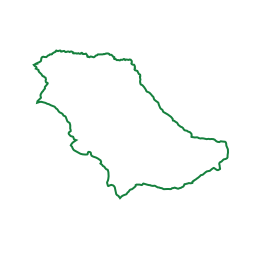 Fómeque, Cundinamarca, Colombia (Natural Earth projection), rotated 99°
{"feature_id": "7082276B76169675802972", "entity_name": "Fómeque", "entity_type": "district", "adm_level": 2, "iso_a3": "COL", "parent_name": "Colombia", "parent_adm1": "Cundinamarca", "projection": "natural_earth1", "projection_center": [-73.835, 4.535], "detail": "fine", "context": "isolated", "style": "outline", "palette": "green", "viewbox_px": 256, "rotation_deg": 99, "n_neighbors": 0, "source": "geoboundaries", "source_scale": "gbopen_adm2", "svg_char_len": 5794}
<svg xmlns="http://www.w3.org/2000/svg" viewBox="0 0 256 256"><g transform="rotate(99 128 128)"><path d="M126.4,30.1L126.6,32.9L126.6,34.3L127.6,35.6L127.6,36.4L127.7,36.9L127.4,38.3L126.9,39.3L125.9,40.7L125.8,41.7L125.6,42.2L125.9,44.3L126.2,45.3L126.1,46.6L126.7,48.6L126.5,51.8L126.6,53.5L127.0,54.6L126.9,56.5L126.5,57.5L126.4,58.4L126.9,60.5L126.9,63.9L126.6,64.0L125.2,64.0L123.9,64.4L123.5,64.8L122.5,66.1L122.1,68.3L121.5,69.3L121.4,71.6L121.1,72.1L120.8,72.6L119.6,73.5L119.2,74.1L118.8,74.8L118.4,76.5L117.7,77.5L117.3,78.6L115.6,79.9L115.0,80.6L114.5,82.0L113.7,83.4L113.6,84.8L112.3,85.3L112.0,85.3L110.3,87.2L108.4,90.9L106.6,95.6L106.0,96.1L105.0,96.6L104.5,97.2L103.9,98.5L103.2,99.3L100.3,101.1L98.2,102.1L96.9,104.7L95.9,106.4L95.2,106.9L93.5,107.7L93.1,108.1L92.4,109.2L91.4,110.2L89.8,112.3L89.4,113.6L89.1,115.1L88.7,115.4L88.5,115.8L87.4,116.4L85.2,118.4L83.6,120.3L83.3,121.0L83.2,121.7L82.9,122.3L82.2,122.6L81.8,122.9L81.4,122.9L80.7,123.3L79.1,123.4L78.3,123.3L76.1,124.1L75.5,124.2L75.4,124.0L74.7,124.0L73.4,124.4L72.9,125.8L70.2,127.7L69.8,130.1L69.2,130.7L68.8,130.8L67.9,130.4L67.6,130.4L67.3,130.7L66.9,130.9L66.1,130.8L64.9,131.6L64.8,131.9L64.6,132.0L64.7,133.2L64.4,134.1L64.0,134.6L63.6,134.8L63.0,134.5L61.5,134.7L61.0,135.0L60.1,136.1L60.2,136.5L60.1,137.2L60.6,137.9L60.7,138.2L60.6,138.8L60.7,140.8L60.9,141.1L61.3,141.4L61.2,141.7L60.6,142.3L60.5,142.8L60.7,143.2L61.4,143.9L61.6,144.4L61.7,145.8L62.5,146.6L62.4,148.3L62.7,149.6L62.6,149.9L62.0,150.7L62.0,151.2L61.8,151.4L62.0,151.9L62.0,152.3L61.7,152.6L60.9,152.5L60.2,152.6L60.0,153.0L59.9,153.9L58.9,154.8L58.6,155.5L58.4,155.7L58.3,156.2L58.6,157.4L58.3,157.9L57.8,158.2L57.5,159.4L57.6,160.1L57.8,160.6L57.8,161.2L58.7,162.7L58.7,163.5L59.1,164.1L59.4,165.2L59.6,166.8L59.8,167.6L60.0,169.2L60.3,169.5L60.8,169.7L61.6,171.2L63.0,172.2L63.4,172.7L63.5,173.1L63.3,174.5L63.2,176.0L63.4,176.4L64.1,177.1L64.0,178.1L64.1,178.7L63.9,179.3L63.7,179.4L62.9,179.3L62.6,179.8L61.9,180.3L61.2,181.2L61.4,181.4L61.7,182.5L62.0,184.0L61.8,184.6L61.6,184.7L61.4,184.6L61.2,184.8L61.0,185.3L61.1,185.8L61.4,186.1L61.9,186.3L62.2,186.9L62.2,187.9L61.9,188.8L62.4,189.7L62.5,190.2L62.3,191.0L62.8,193.4L62.8,193.8L62.5,194.1L61.9,194.0L61.3,195.6L61.3,196.0L61.5,196.7L62.1,197.5L61.8,198.5L61.8,199.2L62.1,200.0L62.7,201.2L62.7,201.8L62.0,202.8L61.9,203.2L62.3,204.4L62.8,205.3L63.0,206.0L62.9,206.3L62.3,206.5L62.1,206.9L62.3,207.8L63.0,209.1L62.9,210.3L62.7,210.7L62.8,211.0L63.3,211.1L63.6,211.5L64.0,211.5L64.3,211.8L64.9,212.8L66.4,214.5L67.0,214.6L67.4,215.5L67.4,216.2L67.6,216.8L68.3,217.2L68.9,218.3L70.7,219.7L71.0,221.9L70.8,222.5L71.2,223.7L72.3,224.4L73.2,224.4L73.3,224.5L73.7,224.5L75.2,224.4L75.9,224.8L77.3,226.5L77.5,227.0L78.6,228.6L78.9,228.2L79.3,229.3L80.4,230.9L81.5,229.6L81.7,228.6L82.3,228.0L82.8,227.8L83.8,228.3L84.0,227.4L84.5,226.3L84.5,225.9L84.7,225.5L85.0,225.3L86.0,225.1L86.4,224.6L86.8,224.4L87.2,223.5L87.7,223.0L88.3,222.0L89.9,220.7L90.2,220.0L90.1,219.4L90.8,218.6L91.2,217.3L93.0,216.6L93.9,216.8L95.3,216.4L95.8,215.9L96.0,214.6L96.4,214.3L97.3,214.5L97.9,215.0L98.8,215.4L99.9,216.2L100.5,216.5L101.6,216.4L101.9,216.2L102.2,216.3L104.2,217.5L104.9,217.7L106.1,218.6L108.5,219.5L109.7,219.5L111.7,218.7L112.0,218.8L113.9,220.3L115.7,221.6L117.3,221.7L116.0,219.1L115.7,217.7L116.1,213.4L116.7,211.7L116.8,210.5L116.9,209.7L117.6,207.8L118.4,204.0L119.0,203.1L119.9,202.2L120.3,201.2L120.8,200.5L122.1,199.4L123.2,198.1L123.6,196.6L124.2,195.1L124.5,194.7L125.8,193.7L126.3,191.8L126.7,191.3L127.6,190.8L130.6,189.1L131.1,188.7L132.1,186.5L133.7,185.7L134.7,185.4L137.6,185.0L138.7,184.4L140.0,184.1L140.8,184.8L141.1,185.3L141.9,185.7L142.4,185.8L143.2,185.5L144.8,183.6L145.1,182.4L145.1,181.5L145.3,180.8L146.1,180.3L147.4,179.7L147.7,179.2L148.1,177.2L151.0,180.3L152.7,181.3L154.1,181.8L155.3,180.3L156.4,179.7L157.8,178.6L158.4,177.8L160.9,170.9L161.1,168.7L160.9,166.0L160.6,164.6L160.4,164.0L160.1,163.8L158.5,163.7L158.0,163.5L157.7,163.0L157.7,162.0L158.0,161.2L158.3,160.9L159.9,160.4L161.1,159.6L161.7,157.9L162.2,154.9L162.9,152.9L164.3,150.0L165.7,149.2L166.6,149.3L167.4,149.7L167.5,149.6L168.4,147.8L169.4,146.9L169.9,145.5L170.2,145.1L171.1,144.3L172.0,143.2L172.2,142.8L172.4,141.6L173.2,141.1L174.9,140.4L178.7,139.6L181.5,139.5L182.9,139.6L184.8,140.1L185.4,140.1L188.2,138.8L188.4,138.4L188.3,138.1L187.2,136.5L186.8,135.5L187.0,133.8L187.4,133.0L188.6,131.8L195.1,129.3L196.0,128.3L196.5,127.0L196.8,126.5L197.6,125.9L197.9,125.4L198.5,124.9L197.8,124.4L196.8,123.8L195.8,122.8L194.8,121.3L193.8,119.4L193.1,118.9L191.7,118.3L191.1,117.6L189.1,116.6L188.5,116.0L187.8,114.5L186.7,113.4L184.6,111.6L184.2,111.4L183.2,111.5L182.6,110.8L182.1,107.8L182.2,106.2L182.2,105.5L181.7,104.9L180.7,104.4L180.5,104.2L180.5,103.7L181.0,100.0L181.1,98.3L181.0,97.2L181.3,96.2L181.3,95.3L181.3,94.2L180.9,93.1L180.9,92.3L182.0,89.4L181.9,87.9L182.1,87.2L182.2,85.2L182.3,84.6L182.7,83.7L182.8,83.0L182.0,79.2L181.7,76.4L181.3,75.6L180.8,75.3L180.5,74.9L180.4,74.3L179.6,72.5L179.8,71.9L179.7,71.6L180.1,69.7L180.1,68.9L179.3,67.6L178.9,66.5L177.9,65.3L177.2,64.2L176.5,63.9L174.7,63.4L174.5,62.9L174.4,62.3L174.0,61.7L173.7,60.8L172.9,59.3L172.8,57.4L172.2,55.8L171.9,55.7L171.2,56.0L170.4,55.5L170.2,55.3L170.1,54.9L169.7,54.7L169.3,54.4L168.4,53.2L166.7,51.6L166.2,51.0L164.2,49.3L163.3,48.8L162.5,46.9L159.5,44.4L158.5,43.3L157.5,40.5L155.5,38.8L154.1,37.3L154.0,37.0L154.4,36.0L155.3,34.2L155.6,33.3L155.5,32.5L154.4,31.0L154.1,30.7L153.7,30.7L152.1,31.3L150.5,31.7L149.5,32.2L148.7,32.3L148.0,32.1L147.4,31.7L146.5,30.4L144.4,28.9L143.9,28.3L143.4,26.9L142.8,26.0L142.2,25.4L141.4,25.1L139.1,25.4L136.6,25.4L133.9,25.9L133.1,26.2L130.4,27.9L129.4,28.3L128.3,28.5L127.4,28.9L126.8,29.3L126.4,30.1Z" fill="none" stroke="#15803d" stroke-width="2"/></g></svg>